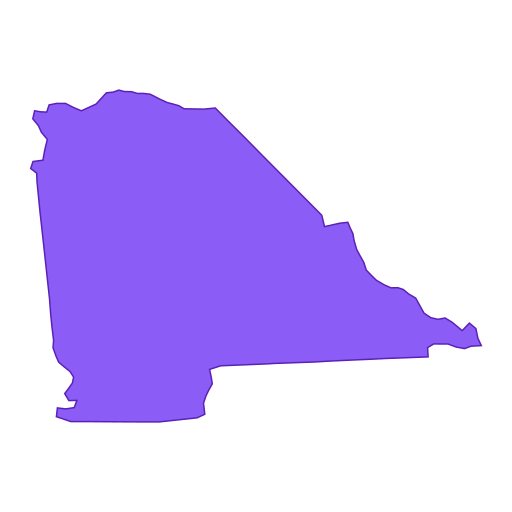 São Miguel do Oeste, Santa Catarina, Brazil (orthographic projection)
{"feature_id": "56859067B36403486213311", "entity_name": "São Miguel do Oeste", "entity_type": "district", "adm_level": 2, "iso_a3": "BRA", "parent_name": "Brazil", "parent_adm1": "Santa Catarina", "projection": "orthographic", "projection_center": [-53.501, -26.724], "detail": "fine", "context": "isolated", "style": "filled", "palette": "violet", "viewbox_px": 512, "rotation_deg": 0, "n_neighbors": 0, "source": "geoboundaries", "source_scale": "gbopen_adm2", "svg_char_len": 1543}
<svg xmlns="http://www.w3.org/2000/svg" viewBox="0 0 512 512"><path d="M56.4,416.7L70.9,421.6L76.6,421.6L91.1,421.6L119.5,421.8L139.7,421.9L159.3,421.9L197.2,417.8L204.8,414.2L203.5,403.3L205.8,396.3L208.5,390.6L212.3,383.8L211.2,377.0L209.6,369.4L220.7,365.8L268.9,363.8L274.5,363.4L283.7,363.1L302.8,362.4L314.2,362.0L329.4,361.1L350.7,360.1L373.6,359.1L385.2,358.5L428.1,356.9L427.6,347.6L433.8,343.9L441.2,344.0L448.0,344.0L456.0,347.0L464.6,348.6L471.1,346.2L481.3,345.6L477.9,338.3L475.9,328.6L469.4,323.1L462.2,330.6L451.8,322.0L445.1,318.0L438.0,319.3L430.8,317.7L424.0,313.1L419.9,305.7L415.7,298.1L408.7,294.0L403.3,289.5L397.9,287.7L390.9,287.8L384.1,284.8L376.3,280.2L370.7,274.7L366.3,270.1L363.8,262.4L360.3,256.2L356.7,249.5L354.1,240.6L352.9,233.6L350.2,228.0L347.8,222.3L339.8,223.2L324.5,226.6L321.8,215.3L262.2,155.3L252.0,144.9L239.6,132.4L227.7,120.6L215.3,108.0L204.2,109.1L184.1,108.8L178.8,105.7L172.9,104.0L167.1,102.5L158.9,98.7L150.2,94.2L143.2,93.4L137.2,93.4L131.6,91.7L124.2,91.5L118.8,90.1L113.2,92.1L106.4,92.8L96.0,104.1L81.4,110.8L73.3,107.4L65.5,103.4L56.6,103.4L49.1,104.9L46.7,112.1L40.7,111.8L34.6,110.8L32.8,118.8L38.4,125.7L41.4,132.3L47.3,139.4L44.6,150.7L42.9,160.2L33.0,161.5L30.7,168.5L36.7,173.2L37.0,181.6L40.0,212.0L43.3,241.6L49.5,298.7L50.7,314.3L51.9,326.4L53.6,340.5L53.0,347.6L56.0,356.1L58.7,362.2L64.0,366.7L70.0,371.5L73.6,377.1L72.4,383.0L68.8,388.1L64.7,393.6L68.9,400.6L76.9,400.4L74.2,407.6L65.7,408.9L57.4,407.9L56.4,416.7Z" fill="#8b5cf6" stroke="#5b21b6" stroke-width="1.5"/></svg>